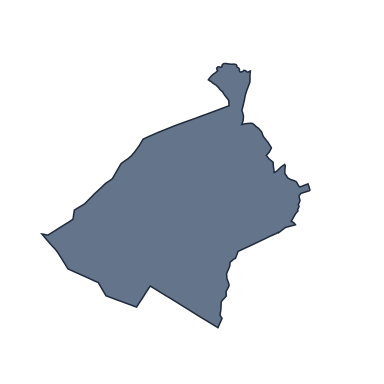 Al-Hatra, Ninawa, Iraq (Equal Earth projection), rotated 32°
{"feature_id": "34846034B76064773860715", "entity_name": "Al-Hatra", "entity_type": "district", "adm_level": 2, "iso_a3": "IRQ", "parent_name": "Iraq", "parent_adm1": "Ninawa", "projection": "equal_earth", "projection_center": [42.575, 35.589], "detail": "fine", "context": "isolated", "style": "filled", "palette": "slate", "viewbox_px": 384, "rotation_deg": 32, "n_neighbors": 0, "source": "geoboundaries", "source_scale": "gbopen_adm2", "svg_char_len": 3595}
<svg xmlns="http://www.w3.org/2000/svg" viewBox="0 0 384 384"><g transform="rotate(32 192 192)"><path d="M86.9,307.2L87.5,307.4L97.7,310.6L102.9,312.1L106.4,313.0L109.9,314.3L119.9,319.1L127.1,322.7L127.6,322.9L129.2,322.8L129.7,322.7L146.8,320.3L156.4,319.1L158.5,318.8L160.4,318.4L161.1,318.8L173.3,325.2L173.7,325.4L174.0,325.6L175.9,325.2L184.4,323.5L199.7,320.3L204.4,319.3L206.0,319.0L206.0,315.0L206.2,308.4L206.2,301.4L206.4,293.9L216.5,293.8L219.1,293.8L220.5,293.8L223.1,293.8L231.1,293.6L233.7,293.6L239.7,293.6L242.4,293.6L245.0,293.6L262.9,293.6L265.6,293.6L285.9,293.3L285.5,290.6L285.1,287.5L284.4,283.2L281.0,281.6L279.0,276.8L276.9,273.0L275.1,269.9L275.1,267.6L275.7,265.1L276.2,262.0L275.3,260.8L274.0,258.8L273.6,258.4L273.3,252.8L272.9,251.6L272.2,250.6L267.3,246.7L265.4,244.0L264.7,243.1L264.3,241.2L263.9,238.3L263.5,235.8L263.2,234.7L261.5,231.4L262.2,229.4L262.6,228.1L262.8,227.2L264.0,225.2L262.6,217.9L266.4,212.0L271.2,204.7L277.8,194.3L281.6,188.2L285.4,182.7L286.4,180.6L286.9,180.9L289.8,173.2L290.3,172.3L291.9,170.6L293.6,168.7L295.8,166.4L297.1,165.0L295.4,164.3L294.8,164.2L294.4,164.1L292.9,164.1L292.2,164.2L291.7,164.3L291.7,164.1L291.5,159.4L291.4,156.5L291.4,155.1L291.6,153.6L291.9,152.2L291.6,151.6L291.0,151.2L290.8,150.4L290.7,148.9L290.5,147.7L290.1,147.1L288.8,146.4L288.6,144.2L288.1,142.0L286.9,140.8L284.9,138.8L285.0,137.0L285.1,135.5L286.0,134.4L287.3,132.9L290.9,128.7L291.0,127.9L289.0,126.0L287.7,124.9L286.0,123.6L285.1,124.9L283.7,126.7L281.9,129.2L281.2,129.9L280.4,130.8L278.6,129.9L278.0,129.7L276.3,128.6L275.3,128.2L274.5,128.0L273.1,128.2L272.7,128.2L268.8,129.2L268.4,129.2L267.1,129.3L265.8,129.2L265.3,129.2L264.0,128.4L263.0,128.0L261.2,127.2L260.6,126.6L258.9,123.8L257.8,121.4L257.4,120.5L256.0,119.5L255.2,121.4L254.2,123.8L253.7,125.7L252.8,129.5L252.5,130.1L251.3,132.0L249.9,130.1L246.7,126.2L245.1,123.8L243.1,123.5L239.9,123.1L235.6,121.6L236.4,117.4L236.1,113.4L235.9,112.4L233.6,111.3L230.2,109.6L227.8,108.8L223.0,107.1L220.8,105.4L219.0,104.0L217.7,103.7L216.4,103.3L214.9,102.8L212.9,102.6L211.7,102.6L211.0,102.4L209.7,102.1L209.2,102.0L208.8,101.9L206.7,101.9L206.6,102.0L205.6,102.4L203.4,104.0L201.0,105.8L200.6,106.2L198.4,108.4L198.1,106.7L198.0,106.2L197.4,104.0L196.5,102.4L195.9,101.1L195.3,100.2L194.3,99.2L193.0,98.0L192.2,97.3L191.2,96.6L187.6,85.9L186.9,84.4L185.6,80.6L185.1,78.6L184.5,76.3L183.9,73.1L183.0,68.6L182.1,66.7L179.1,61.9L177.9,59.4L177.4,58.4L176.8,58.9L176.5,60.0L175.5,61.0L174.3,61.0L173.1,60.7L172.1,61.1L171.4,61.5L171.3,62.6L170.6,63.5L170.0,64.5L168.9,64.6L167.8,63.9L167.2,62.8L166.1,62.2L165.1,62.2L163.9,62.2L162.9,61.0L161.9,60.6L160.6,61.0L159.2,61.6L158.1,62.6L157.1,63.0L155.4,63.9L154.1,64.5L152.7,65.0L151.0,66.2L150.4,67.3L150.3,68.6L151.0,69.8L150.4,71.0L149.3,71.2L147.7,72.1L147.3,73.5L147.6,74.4L148.3,74.9L149.4,75.3L149.2,76.6L148.7,78.6L147.6,80.9L146.9,83.6L146.5,86.3L146.4,88.2L148.5,88.3L150.1,88.3L153.0,88.7L156.3,88.6L157.5,89.1L159.0,89.3L160.8,90.1L163.5,90.7L164.7,90.8L168.0,92.4L171.4,93.7L174.5,94.8L177.7,99.2L176.4,100.9L167.7,112.3L159.7,122.6L154.0,130.0L148.8,136.5L142.7,144.3L137.7,151.2L132.0,159.0L126.0,167.7L122.5,173.1L122.7,181.0L122.1,189.1L121.8,190.3L121.5,193.0L120.0,198.0L119.0,200.1L117.7,203.1L116.8,205.5L117.4,223.0L116.0,226.4L114.2,230.4L113.5,233.0L112.6,236.7L110.0,246.3L109.5,249.0L108.5,253.2L107.4,258.2L107.1,259.2L105.6,262.2L104.0,265.3L101.8,269.7L105.5,278.2L103.5,282.6L100.6,288.5L98.1,293.6L95.1,299.9L92.6,305.0L88.9,306.3L88.0,306.7L86.9,307.2Z" fill="#64748b" stroke="#1e293b" stroke-width="1.5"/></g></svg>